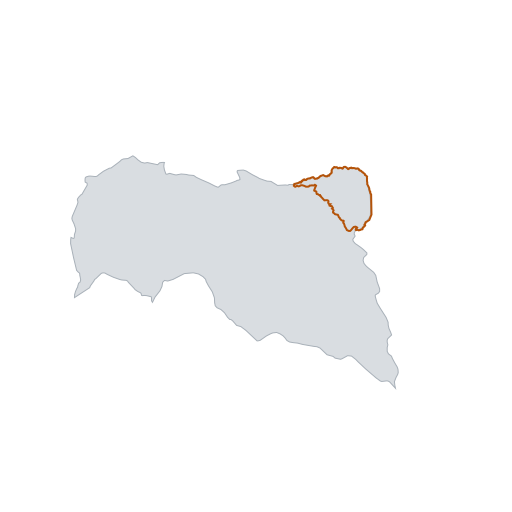 Birao, Vakaga, Central African Republic (highlighted), rotated 30°
{"feature_id": "33826404B56670707739048", "entity_name": "Birao", "entity_type": "district", "adm_level": 2, "iso_a3": "CAF", "parent_name": "Central African Republic", "parent_adm1": "Vakaga", "projection": "mercator", "projection_center": [22.276, 9.995], "detail": "fine", "context": "in_parent", "style": "outline", "palette": "amber", "viewbox_px": 512, "rotation_deg": 30, "n_neighbors": 0, "source": "geoboundaries", "source_scale": "gbopen_adm2", "svg_char_len": 9159}
<svg xmlns="http://www.w3.org/2000/svg" viewBox="0 0 512 512"><g transform="rotate(30 256 256)"><path d="M346.2,196.8L350.5,197.9L351.2,199.2L350.0,203.5L350.9,206.2L353.2,208.4L355.7,209.4L358.0,210.0L366.1,211.3L369.4,212.9L373.9,217.9L379.4,222.5L380.8,224.9L380.5,227.1L378.9,229.8L379.1,230.9L381.7,233.6L384.6,236.3L390.0,239.3L399.3,244.1L403.5,247.3L405.0,249.7L407.4,252.3L410.7,254.7L412.9,256.6L411.4,261.8L411.8,263.5L412.7,265.0L414.6,267.0L415.4,269.7L417.3,273.0L419.6,274.5L423.4,275.0L425.4,276.6L429.6,279.2L433.7,281.5L435.5,283.0L436.5,284.4L437.5,286.0L437.9,287.7L438.0,291.2L438.7,295.6L440.9,298.6L442.9,300.8L434.6,298.2L433.4,298.2L431.9,298.6L427.6,301.8L426.2,302.1L420.7,301.5L407.5,299.0L397.3,296.6L394.2,295.7L388.8,294.9L385.2,296.5L381.8,302.1L380.8,303.2L375.5,304.9L373.0,304.4L366.9,306.0L357.4,303.7L354.1,304.1L351.4,305.3L344.6,307.8L340.5,309.3L335.7,310.6L331.1,312.6L328.0,313.7L325.0,313.7L322.3,312.5L319.4,311.6L315.8,311.4L312.1,311.9L309.0,314.2L307.7,315.8L305.0,320.0L301.8,326.9L300.5,328.2L299.4,329.0L284.6,325.5L278.2,324.7L273.9,325.8L268.5,323.9L266.1,323.5L265.0,324.1L262.0,323.3L257.1,320.9L252.4,319.9L248.2,320.3L245.6,319.5L243.6,317.2L240.9,313.0L236.1,308.9L229.6,305.5L225.6,303.0L224.0,301.4L220.5,300.4L215.2,300.3L210.1,301.9L202.7,307.1L195.9,317.7L192.1,321.8L189.0,322.9L188.3,325.4L189.8,329.5L190.2,334.2L189.1,342.1L189.5,347.9L187.9,347.0L186.3,344.3L185.6,343.7L181.1,345.0L178.8,346.1L177.5,347.1L176.6,347.3L175.1,345.8L174.0,345.6L172.2,345.8L170.4,345.8L169.2,345.6L168.5,345.7L166.4,344.9L158.6,342.6L157.3,341.9L155.7,342.0L151.7,343.9L149.6,344.5L143.2,345.7L136.3,346.3L133.7,346.3L131.9,347.1L130.7,348.4L128.6,355.7L128.0,357.0L128.1,358.8L127.5,364.7L127.8,366.6L119.6,382.8L118.2,380.1L117.4,376.9L117.0,373.3L117.2,372.3L116.7,371.3L116.0,368.3L116.7,366.4L116.1,364.4L114.5,362.4L113.1,360.9L112.2,359.5L111.5,359.0L109.9,358.8L107.8,358.1L98.7,348.5L89.2,337.9L87.3,334.4L86.5,332.4L88.8,332.2L89.4,331.8L89.4,330.9L88.0,328.1L87.3,324.6L86.1,322.5L82.4,319.2L78.8,316.7L77.7,315.4L77.1,313.6L75.7,302.1L75.1,298.8L74.0,297.3L73.2,296.7L72.9,295.8L73.0,293.8L73.5,291.9L73.5,291.2L74.4,289.6L74.4,278.9L73.3,277.4L71.1,277.4L70.0,275.8L69.1,273.9L69.3,272.5L71.4,270.3L72.8,269.5L76.8,267.7L78.0,266.9L78.7,265.8L79.1,264.4L81.5,258.9L85.0,253.4L86.5,252.2L90.0,244.1L90.8,242.1L91.4,240.0L92.6,238.3L96.4,235.6L99.3,230.8L102.4,231.0L105.7,231.8L109.8,232.2L113.1,231.2L115.2,229.4L125.2,226.1L125.9,223.5L127.5,222.2L129.4,221.0L130.0,220.8L130.1,221.7L131.3,224.4L133.5,227.1L136.9,230.0L137.9,229.8L139.9,227.6L145.2,226.2L146.5,225.6L150.2,222.4L154.7,220.3L157.3,219.5L161.8,217.4L165.0,217.7L170.2,217.3L178.8,216.3L185.0,216.0L188.2,215.6L189.0,215.2L190.2,212.0L191.1,211.2L193.5,209.8L198.0,205.1L201.1,201.2L202.0,199.7L202.6,199.5L203.9,197.8L202.6,196.1L197.5,192.6L197.5,192.1L197.2,191.5L197.5,191.0L199.5,189.6L202.1,187.9L204.9,187.3L212.3,187.4L218.5,187.1L220.0,187.2L224.9,186.3L228.2,185.6L231.7,183.9L239.4,184.1L245.9,179.8L247.8,179.0L248.6,178.3L248.8,177.6L251.9,175.9L255.2,172.4L257.9,169.2L258.7,166.9L266.0,159.3L268.5,159.5L269.8,158.5L272.7,153.4L273.6,152.5L276.6,151.6L278.1,150.1L279.3,147.8L279.3,145.0L278.7,142.8L278.7,141.7L279.4,140.7L280.6,139.7L286.2,137.0L287.6,135.6L288.4,134.5L290.0,134.2L291.7,134.4L292.8,133.6L294.0,132.4L297.9,130.7L301.4,129.4L305.2,129.9L312.0,131.6L314.0,135.3L315.0,136.5L323.4,145.2L325.0,147.2L329.2,153.5L331.7,157.7L334.7,163.7L334.9,167.0L334.5,169.9L334.0,177.8L333.2,180.1L329.5,184.4L329.4,186.4L330.1,188.0L331.2,188.6L331.9,189.4L331.5,193.2L332.8,194.6L335.6,195.6L342.6,196.2L346.2,196.8Z" fill="#d9dde1" stroke="#a8b0b8" stroke-width="1"/><path d="M329.8,183.5L330.0,183.3L330.2,183.0L330.2,182.7L330.5,182.5L330.8,182.5L331.4,182.5L331.9,182.5L332.2,182.4L332.4,182.2L332.5,182.1L333.0,181.6L333.5,181.1L333.9,180.3L334.2,180.1L334.7,179.8L334.8,179.7L334.8,179.4L334.5,178.4L334.4,178.1L334.5,177.9L334.5,177.7L334.7,177.1L335.0,176.5L335.2,175.6L335.2,175.1L335.2,174.9L334.9,174.8L334.7,175.0L334.4,174.9L334.2,174.6L334.3,174.0L334.4,173.5L334.4,172.9L334.3,172.6L334.0,172.3L334.0,172.1L334.1,171.8L334.9,170.6L335.1,170.2L335.7,168.9L336.0,168.4L336.1,168.2L335.9,166.9L335.3,162.4L324.9,145.1L324.1,144.7L323.4,144.2L323.1,143.9L323.1,143.7L322.8,143.2L322.4,143.0L322.1,142.9L321.9,142.7L321.5,142.3L320.9,141.8L320.8,141.6L320.4,141.0L320.0,140.6L318.7,139.6L318.4,139.5L317.9,139.1L317.2,138.7L316.9,138.5L316.4,138.2L316.3,137.9L315.8,137.0L315.4,136.4L314.8,135.8L314.5,135.3L313.8,134.2L313.6,133.6L313.4,133.4L312.9,132.7L312.5,132.0L312.5,131.9L312.5,131.7L312.3,131.6L311.9,131.5L311.0,131.3L310.4,131.3L309.8,131.3L309.7,131.2L309.3,130.6L309.2,130.6L308.3,130.4L308.0,130.4L307.8,130.4L307.4,130.4L307.0,130.2L306.9,130.1L306.7,130.1L306.4,130.2L306.0,130.2L304.9,129.9L304.7,129.7L304.4,129.7L304.1,129.9L303.4,129.9L303.3,130.0L303.0,130.1L302.6,130.0L302.5,129.9L302.3,129.9L302.1,129.5L302.0,129.4L301.9,129.4L301.6,129.6L301.2,129.5L300.8,129.2L300.6,129.2L300.4,129.3L299.8,129.5L299.6,129.7L299.5,129.9L299.2,130.3L298.9,130.5L298.4,130.5L297.9,130.5L297.5,130.6L297.3,130.8L296.8,130.9L296.5,131.0L296.2,131.3L295.5,131.6L295.4,131.9L295.2,132.0L294.4,131.8L294.0,132.1L293.8,132.6L293.4,132.8L293.0,133.1L292.9,133.2L292.9,133.9L292.8,134.0L292.6,134.2L292.6,134.4L292.5,134.6L292.4,134.7L292.1,134.7L291.7,134.5L291.5,134.4L291.0,134.4L290.9,134.4L290.5,134.2L290.1,134.1L289.6,134.2L289.0,134.1L288.6,134.2L288.0,134.6L287.6,134.9L287.5,135.1L287.4,135.5L287.4,136.0L287.5,136.3L287.4,136.9L287.3,137.0L287.1,137.2L286.9,137.2L286.2,137.1L285.8,137.1L285.6,137.2L285.3,137.4L284.8,137.5L284.5,137.6L284.2,137.9L284.0,138.5L283.9,138.6L283.5,138.7L283.1,139.0L282.9,139.1L282.4,138.8L282.3,138.7L282.1,138.7L281.9,138.7L281.4,138.9L281.0,139.0L280.9,139.0L280.7,139.4L280.4,139.6L280.0,139.7L279.4,139.7L279.2,139.8L279.0,141.1L278.7,141.6L278.6,142.0L278.6,142.5L278.6,143.1L278.6,143.5L278.7,144.1L279.0,144.7L279.2,145.0L279.5,145.2L279.7,145.4L279.7,145.6L279.7,145.9L279.7,146.1L279.9,146.5L279.7,147.1L279.5,147.4L279.3,147.8L279.2,148.2L279.2,148.4L279.1,148.5L279.1,148.8L279.0,149.1L279.2,149.6L279.1,149.8L279.0,150.1L278.2,150.2L278.1,150.3L278.1,150.7L277.8,151.1L277.8,151.5L277.7,151.6L277.1,151.8L276.8,152.0L276.5,152.1L276.1,152.3L275.9,152.3L275.4,152.3L275.1,152.4L274.9,152.4L274.6,152.3L274.3,152.3L274.1,152.3L273.8,152.3L273.6,152.5L273.0,153.2L272.8,153.4L272.5,153.9L272.0,154.2L271.9,154.5L271.8,154.8L271.5,155.2L271.5,155.3L271.5,155.7L271.5,156.0L271.4,156.2L271.2,156.4L271.1,156.7L271.1,157.1L270.8,157.5L270.6,157.6L270.3,157.9L270.2,158.0L270.2,158.4L269.9,158.5L269.7,158.8L269.4,159.0L269.1,159.3L268.9,159.3L268.6,159.6L268.2,159.8L267.8,159.7L267.7,159.6L267.4,159.4L266.9,159.4L266.4,159.1L266.2,159.1L265.9,159.2L265.8,159.3L265.4,159.9L265.3,160.0L264.9,160.2L264.7,160.5L264.5,160.9L264.3,161.1L264.2,161.2L264.1,161.5L264.0,161.8L263.9,162.0L263.2,162.2L263.1,162.3L262.9,162.5L262.7,162.7L262.5,162.9L262.1,163.2L262.0,163.3L261.7,163.8L261.7,164.1L261.7,164.3L261.5,164.6L261.5,164.9L261.4,165.1L260.8,165.4L260.6,165.6L260.4,165.8L260.2,165.8L260.1,165.7L259.9,165.5L259.8,165.4L259.6,165.4L259.3,165.7L259.1,165.9L258.9,166.1L258.8,166.4L258.9,166.8L258.9,167.0L258.4,167.4L258.4,167.5L258.2,167.9L258.2,168.1L258.4,168.3L258.1,168.7L258.1,168.9L258.3,169.1L258.3,169.3L258.2,169.3L257.7,169.4L257.7,169.6L258.0,169.9L258.0,170.1L257.8,170.2L257.6,170.2L257.3,170.1L257.1,170.1L257.1,170.3L257.0,170.6L256.5,170.8L256.4,171.1L256.2,171.5L256.0,171.8L255.8,171.9L255.4,172.5L255.0,172.7L254.6,173.0L254.4,173.5L254.1,173.7L253.7,173.9L253.4,174.4L253.4,174.6L253.5,174.7L253.5,174.8L253.4,174.8L253.5,175.1L253.5,175.3L253.3,175.6L253.7,176.3L255.1,176.5L255.5,176.3L255.8,175.8L256.2,175.0L256.9,174.6L257.9,174.5L258.7,173.8L259.5,172.3L260.7,171.6L261.5,171.4L262.5,171.2L263.1,171.0L264.2,171.1L265.1,170.7L266.0,170.2L266.9,169.5L267.3,168.2L267.8,167.9L268.2,167.6L268.6,167.2L270.6,166.1L271.1,165.6L271.4,164.9L272.8,165.0L273.0,166.0L272.9,166.6L273.0,167.2L273.3,168.5L273.4,169.5L273.5,170.0L273.8,170.3L274.6,170.2L275.5,170.0L276.2,170.2L276.8,171.2L277.6,171.9L278.0,171.7L278.9,171.5L279.5,171.7L280.2,171.6L281.0,171.2L281.7,172.0L282.5,171.8L283.1,172.4L284.4,172.6L285.1,173.0L285.8,173.1L287.4,173.6L289.0,172.5L290.0,172.0L290.9,172.0L291.3,172.3L291.7,172.9L291.7,173.4L291.9,173.8L292.8,174.4L293.4,174.6L293.9,174.2L294.4,174.0L294.1,175.1L294.4,175.6L295.6,175.5L296.6,174.9L298.5,175.9L298.2,177.0L299.1,177.1L299.9,177.4L300.4,177.7L300.4,178.2L300.5,178.9L300.8,179.6L301.2,179.9L301.9,179.9L302.8,180.0L303.4,180.3L303.9,180.2L306.3,179.4L307.7,180.4L308.4,181.0L309.6,181.2L310.0,181.7L312.1,182.3L312.9,182.2L313.5,182.1L314.0,181.7L314.3,181.7L314.6,182.2L314.7,182.9L314.9,183.6L315.9,183.9L317.2,185.0L318.2,186.1L319.0,186.4L320.6,187.3L321.7,188.1L323.8,187.9L325.0,187.2L325.4,185.9L325.7,183.9L326.1,182.1L326.8,181.4L327.6,180.8L328.7,180.7L329.3,180.8L329.1,181.6L328.9,182.6L329.1,183.1L329.3,183.5L329.8,183.5Z" fill="none" stroke="#b45309" stroke-width="2"/></g></svg>